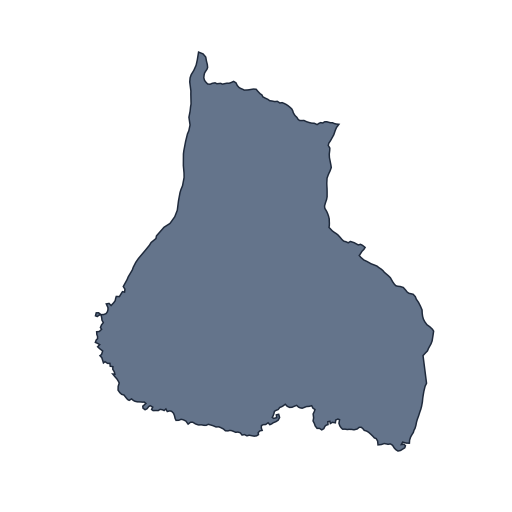 Itaquiraí, Mato Grosso do Sul, Brazil (Natural Earth projection), rotated 174°
{"feature_id": "56859067B90589702399806", "entity_name": "Itaquiraí", "entity_type": "district", "adm_level": 2, "iso_a3": "BRA", "parent_name": "Brazil", "parent_adm1": "Mato Grosso do Sul", "projection": "natural_earth1", "projection_center": [-54.119, -23.389], "detail": "fine", "context": "isolated", "style": "filled", "palette": "slate", "viewbox_px": 512, "rotation_deg": 174, "n_neighbors": 0, "source": "geoboundaries", "source_scale": "gbopen_adm2", "svg_char_len": 5731}
<svg xmlns="http://www.w3.org/2000/svg" viewBox="0 0 512 512"><g transform="rotate(174 256 256)"><path d="M303.9,423.6L304.7,414.0L305.5,411.1L306.4,406.9L308.2,401.0L307.9,393.2L309.7,387.6L311.4,384.6L314.0,377.4L316.8,368.1L317.5,365.1L318.8,353.5L318.9,346.1L319.3,341.6L321.7,333.6L323.7,329.9L324.9,327.1L327.3,319.0L329.5,309.7L332.7,303.5L338.1,297.4L344.5,294.2L352.9,286.4L353.7,283.8L358.9,280.4L360.8,277.9L365.2,273.5L373.2,265.8L376.2,262.3L379.2,257.7L380.5,255.0L385.2,248.7L386.6,246.1L391.2,239.5L389.8,236.7L390.5,233.8L392.5,234.5L393.9,232.8L396.1,229.9L399.2,230.4L400.0,228.5L400.7,226.3L402.4,224.4L405.3,221.9L407.1,224.2L409.9,224.0L408.6,220.1L408.9,217.8L409.7,216.0L411.1,214.4L413.6,213.7L416.3,213.9L415.9,210.7L415.9,208.3L414.8,205.7L416.8,203.7L418.2,201.1L417.2,199.3L419.7,197.3L422.4,197.3L422.5,194.6L422.0,192.5L422.2,190.3L423.6,189.3L424.8,186.9L422.6,185.6L420.7,184.2L423.0,182.3L421.0,180.0L418.4,177.6L419.9,174.2L421.6,173.2L420.0,171.0L419.3,167.7L418.9,165.6L417.2,166.7L414.8,164.7L412.5,164.5L412.5,161.6L409.9,160.9L410.3,158.4L409.0,155.6L408.7,153.2L410.8,153.6L408.7,150.4L407.2,148.3L406.2,146.3L405.3,144.0L406.7,140.8L407.2,137.0L405.7,134.3L404.1,132.5L401.9,131.6L400.2,128.9L398.7,126.7L397.2,125.7L394.7,126.9L393.1,125.2L391.6,124.2L389.4,123.4L386.4,123.0L384.0,122.5L382.3,122.4L380.9,120.9L382.8,119.5L384.3,118.5L384.3,116.5L382.4,114.7L380.3,115.5L378.4,117.5L376.8,118.2L374.5,116.5L375.9,114.3L374.5,113.0L371.7,112.8L369.4,112.5L367.4,113.5L365.2,112.9L363.5,111.9L361.6,113.3L360.5,110.6L358.0,111.0L356.2,110.4L354.5,108.3L353.8,105.9L353.4,102.8L352.7,100.9L350.0,100.7L347.6,101.4L345.6,100.8L343.0,99.2L341.1,95.9L338.5,97.5L336.3,97.3L333.7,95.3L330.9,94.0L327.8,93.8L325.6,93.1L323.4,92.8L321.0,93.6L319.0,92.8L316.6,91.8L313.7,90.2L310.8,90.0L309.0,89.0L306.5,87.4L304.7,85.4L302.2,85.0L300.3,85.3L298.6,84.9L296.6,83.9L294.7,82.8L292.4,82.8L290.1,81.8L288.6,79.4L286.1,79.6L283.8,78.1L281.5,78.5L278.9,77.7L276.5,77.0L274.2,77.1L272.2,78.1L272.3,80.1L270.4,81.7L268.1,81.9L268.7,84.4L268.3,86.8L266.6,87.5L264.0,87.4L261.4,88.9L259.9,86.8L258.0,87.4L256.2,88.4L253.4,89.2L251.1,90.4L249.4,92.9L250.0,96.2L252.4,95.9L252.3,93.1L255.4,92.6L256.7,93.8L255.6,95.4L254.7,97.3L253.9,99.6L252.2,100.4L250.0,101.0L248.2,102.9L246.3,103.4L244.7,104.1L242.4,105.5L240.7,103.3L238.4,101.9L236.0,101.8L233.5,102.6L231.2,103.2L229.5,101.3L228.0,100.4L226.0,99.8L224.4,100.2L221.6,101.0L218.9,100.9L216.3,101.3L215.2,98.6L213.4,97.2L214.2,95.3L215.7,92.9L215.6,89.0L216.5,86.0L215.5,83.4L214.9,80.8L213.3,78.2L210.8,77.9L208.8,76.2L206.6,77.2L205.3,79.4L203.9,80.4L202.0,80.8L201.9,83.7L199.8,83.9L199.6,81.6L197.4,82.6L194.5,81.8L193.9,84.5L191.6,85.3L190.0,84.5L191.0,81.0L190.4,78.3L189.3,76.3L188.0,74.7L185.5,74.5L183.4,73.9L181.7,73.9L179.2,73.6L176.7,72.9L173.4,73.4L171.4,74.8L169.3,74.7L167.8,73.2L166.6,71.3L164.4,70.4L162.4,68.9L160.5,66.8L158.5,64.4L157.3,62.7L155.6,61.9L154.4,59.3L154.4,55.4L151.1,55.4L148.1,56.1L146.0,55.5L144.3,54.9L142.0,55.1L140.0,53.5L138.5,50.5L137.2,48.8L135.2,47.2L132.5,47.5L130.4,48.6L128.1,49.7L127.2,51.7L128.6,53.3L131.2,53.3L129.6,55.6L126.0,54.2L123.0,53.8L122.5,56.8L121.1,59.9L119.4,62.3L118.0,64.0L117.1,66.2L115.9,67.9L114.7,70.8L113.7,74.1L112.6,76.8L111.0,80.0L109.4,83.7L108.1,86.4L107.1,89.0L105.8,93.4L105.0,97.3L104.4,99.6L103.2,103.9L102.2,106.7L101.4,108.9L99.7,111.6L100.3,139.5L97.7,141.8L95.4,143.7L94.1,146.1L92.3,148.7L91.1,150.4L89.7,153.2L88.3,158.4L87.2,162.7L88.2,164.7L90.4,167.3L93.2,169.8L95.1,173.1L96.1,175.7L96.6,178.5L96.7,181.6L96.5,185.0L97.7,188.9L99.2,192.8L101.1,196.3L101.8,198.9L103.7,201.5L105.9,202.3L107.8,202.9L109.5,204.4L110.7,206.4L112.8,209.3L115.8,210.6L118.2,211.1L120.0,211.8L121.3,213.4L122.8,216.1L124.6,220.3L126.3,222.4L128.1,224.3L130.1,226.4L131.3,228.2L132.9,229.9L135.0,231.6L136.7,233.3L139.5,234.8L142.3,236.2L146.4,239.1L149.1,240.7L151.9,243.7L153.3,245.7L151.9,247.3L150.2,249.5L148.0,251.3L146.6,253.1L149.0,255.5L150.9,256.7L153.1,256.3L155.0,257.6L157.0,259.0L160.6,260.6L162.9,259.5L165.1,260.8L167.2,261.6L168.8,263.4L170.4,265.8L172.4,268.5L174.0,270.0L175.4,271.1L177.5,273.0L180.4,276.8L179.9,278.7L179.6,280.9L179.5,282.9L179.3,285.1L179.7,288.1L180.2,290.2L181.0,292.8L182.6,296.3L182.6,298.6L181.4,301.6L179.9,304.8L179.1,307.5L178.6,312.2L178.3,315.7L178.2,318.1L178.0,321.0L177.2,326.0L175.8,328.9L174.8,330.7L173.5,332.8L171.9,336.1L172.0,338.5L172.3,341.9L172.7,346.2L172.5,349.7L171.7,353.1L171.3,355.6L172.6,358.4L171.8,360.6L170.0,362.7L166.0,368.4L164.0,372.7L162.5,375.4L159.8,378.3L162.5,378.9L164.2,379.5L165.9,380.5L168.2,380.8L171.5,382.1L173.7,382.3L175.7,381.3L177.8,381.9L179.6,381.3L181.5,380.3L184.1,381.9L186.7,382.3L189.2,383.2L191.7,384.3L194.2,385.8L196.2,385.9L198.4,386.2L199.8,387.4L200.8,389.5L202.6,391.7L203.9,394.5L204.3,396.6L205.1,398.6L206.8,400.5L208.6,402.3L210.2,403.6L212.1,404.8L214.0,405.8L216.3,405.7L218.6,407.6L221.2,407.6L224.0,408.5L226.1,409.0L227.9,410.6L230.4,412.1L232.6,413.6L233.3,415.6L235.0,417.0L237.1,419.8L238.4,421.8L241.0,422.3L244.7,422.1L246.5,422.0L248.4,422.1L250.3,422.2L251.8,423.2L253.8,424.3L255.3,425.4L256.8,427.5L257.8,430.3L260.0,432.0L262.6,431.1L264.8,430.6L266.8,430.9L269.0,430.7L271.4,430.4L273.1,431.4L274.9,431.4L276.9,431.4L278.6,432.5L281.5,432.3L283.7,431.6L286.1,432.1L287.6,434.0L288.8,436.0L289.3,438.7L288.7,441.4L288.0,443.4L286.7,445.1L285.2,446.9L284.4,448.6L284.4,451.5L284.9,455.0L285.2,459.1L287.5,462.5L291.8,464.8L293.9,457.1L295.6,452.0L298.5,447.0L301.5,443.1L302.9,440.1L303.7,436.1L303.5,426.9L303.9,423.6ZM416.3,213.9L418.5,216.0L420.8,216.2L421.9,213.3L420.2,212.4L418.4,213.5L416.3,213.9Z" fill="#64748b" stroke="#1e293b" stroke-width="1.5"/></g></svg>